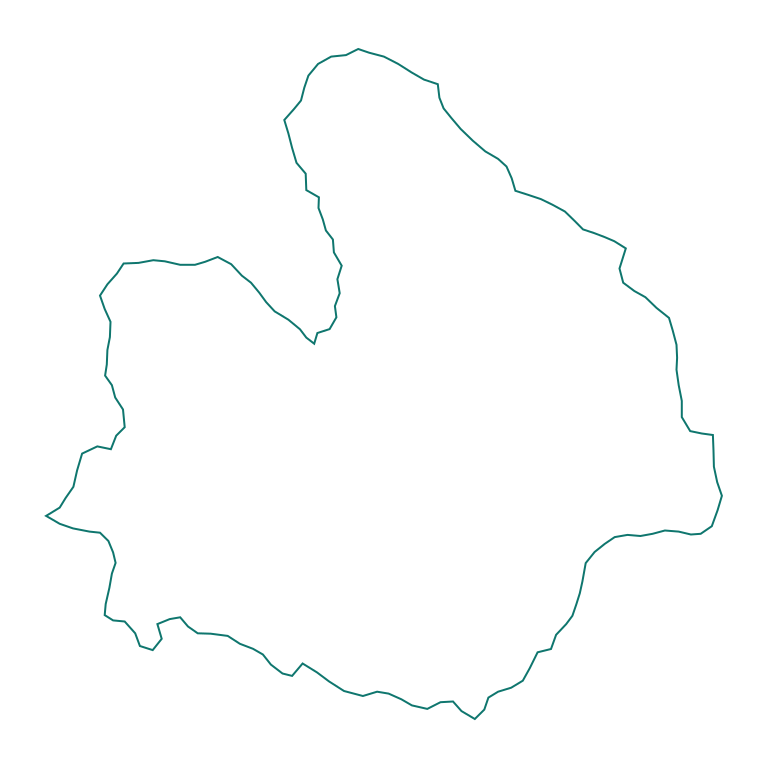 the district of Onça de Pitangui, Minas Gerais, Brazil
{"feature_id": "56859067B58243953475377", "entity_name": "Onça de Pitangui", "entity_type": "district", "adm_level": 2, "iso_a3": "BRA", "parent_name": "Brazil", "parent_adm1": "Minas Gerais", "projection": "mercator", "projection_center": [-44.742, -19.698], "detail": "fine", "context": "isolated", "style": "outline", "palette": "teal", "viewbox_px": 768, "rotation_deg": 0, "n_neighbors": 0, "source": "geoboundaries", "source_scale": "gbopen_adm2", "svg_char_len": 2324}
<svg xmlns="http://www.w3.org/2000/svg" viewBox="0 0 768 768"><path d="M239.9,643.8L253.0,648.8L262.9,654.5L270.9,664.6L282.5,673.5L292.1,675.9L302.6,663.5L317.0,672.4L329.0,681.4L344.0,691.0L362.9,696.0L377.1,691.7L388.6,693.6L401.4,699.3L411.9,705.4L427.3,708.9L440.5,702.2L453.0,701.5L461.5,711.1L474.8,719.0L484.3,709.6L488.4,697.6L498.1,691.7L511.2,687.7L522.8,680.7L529.8,668.1L537.6,652.3L551.0,649.0L556.1,634.8L566.2,624.1L572.4,615.8L576.3,604.4L579.8,593.3L582.4,581.5L585.7,563.1L594.6,552.0L604.7,543.9L614.7,537.1L627.5,534.9L640.4,536.0L652.6,533.8L664.9,530.5L678.7,531.6L690.9,534.5L700.7,533.8L711.8,526.2L717.6,510.2L721.9,495.8L717.2,482.2L713.9,466.7L713.5,450.8L712.9,435.0L701.8,433.5L690.2,431.1L681.8,417.1L681.8,400.9L678.7,385.2L676.5,369.7L677.1,357.7L676.5,344.8L672.7,330.4L669.0,317.9L656.5,307.9L645.4,297.2L634.3,291.0L623.2,282.7L619.5,268.5L625.8,248.4L614.3,241.2L604.7,237.1L594.2,233.1L583.0,229.4L574.6,220.9L564.9,211.5L552.4,204.7L540.9,199.1L527.7,194.7L515.4,190.8L511.7,178.3L506.5,166.5L498.1,158.9L485.3,151.4L472.8,140.7L460.6,128.9L451.2,117.8L443.6,108.4L439.4,97.7L437.8,84.2L424.0,79.6L411.5,72.4L398.1,63.9L383.9,56.6L369.1,52.7L358.2,49.0L346.0,55.1L331.2,56.6L318.1,63.9L308.4,75.6L304.3,87.7L301.0,100.5L294.2,108.8L284.3,120.0L288.4,133.5L292.1,147.9L296.5,162.8L305.7,173.7L306.3,190.1L318.9,197.3L318.5,208.0L322.8,219.4L325.9,230.5L332.9,239.5L333.9,252.4L341.7,265.7L337.4,279.2L339.7,293.2L334.9,306.1L336.4,317.3L329.6,329.1L317.4,333.0L314.2,343.7L306.3,337.6L300.0,329.3L288.4,319.7L274.7,311.4L266.2,302.2L259.2,292.6L251.0,282.7L241.9,275.7L231.2,264.2L217.7,257.0L205.1,261.8L195.0,264.8L180.2,264.8L164.8,261.3L153.3,260.2L138.5,262.9L123.6,263.5L116.9,273.6L107.4,284.3L100.0,295.6L104.7,309.0L110.5,321.8L109.9,337.1L107.4,350.0L106.8,364.5L105.1,375.6L111.9,385.2L115.2,397.5L123.0,409.5L124.7,427.2L116.2,435.7L110.9,449.2L97.3,446.4L82.1,453.6L77.1,470.4L73.4,486.8L65.6,498.0L59.7,507.6L46.1,515.9L59.7,523.8L73.0,528.4L89.5,531.6L100.0,532.7L108.4,541.0L113.1,552.4L115.6,562.9L111.9,573.6L109.4,587.8L105.7,604.0L104.7,615.1L113.1,620.4L124.7,621.5L135.2,633.3L139.9,646.0L152.7,650.1L161.7,638.8L157.4,624.1L169.7,619.1L180.2,617.3L188.0,626.5L197.7,633.3L210.7,633.7L227.7,635.9L239.9,643.8Z" fill="none" stroke="#0f766e" stroke-width="2"/></svg>